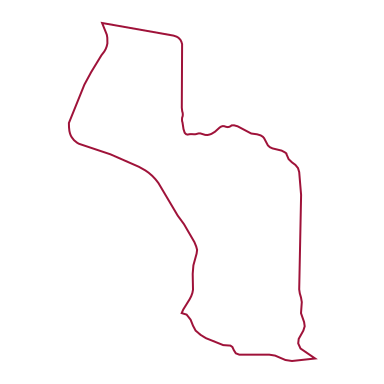 outline of Maryland
{"feature_id": "LBR-781", "entity_name": "Maryland", "entity_type": "County", "adm_level": 1, "iso_a3": "LBR", "parent_name": "Liberia", "parent_adm1": "", "projection": "mercator", "projection_center": [-7.792, 4.73], "detail": "fine", "context": "isolated", "style": "outline", "palette": "rose", "viewbox_px": 384, "rotation_deg": 0, "n_neighbors": 0, "source": "natural_earth", "source_scale": "10m", "svg_char_len": 1658}
<svg xmlns="http://www.w3.org/2000/svg" viewBox="0 0 384 384"><path d="M286.4,153.5L286.4,154.0L288.6,159.1L291.9,162.3L295.4,164.9L298.0,168.1L299.2,172.1L301.1,195.0L299.2,289.4L299.8,293.4L301.0,297.5L301.8,302.1L301.0,313.2L304.1,322.1L304.7,326.3L303.3,330.7L298.7,338.9L298.2,343.4L300.5,348.5L315.1,358.5L292.0,361.0L285.4,360.0L275.1,355.6L269.5,354.7L239.4,354.7L235.8,353.3L233.8,350.1L232.4,347.0L230.4,345.6L223.2,345.1L206.0,338.2L200.6,334.9L195.6,330.6L193.0,325.7L190.6,319.7L186.6,314.6L181.7,313.1L183.2,309.6L189.6,299.3L191.2,296.2L192.4,292.9L193.0,289.7L192.7,273.8L193.4,265.3L196.6,253.6L197.1,249.9L196.2,246.5L194.4,242.1L184.0,224.2L177.7,215.6L158.4,183.0L155.5,179.3L152.3,175.9L148.6,172.7L145.3,170.4L138.9,166.8L110.4,154.3L79.0,143.8L77.2,142.8L74.0,140.2L71.7,137.2L70.8,135.6L70.0,133.5L69.4,131.0L69.0,127.3L68.9,123.0L84.4,84.6L90.8,72.8L90.8,72.7L101.4,55.3L104.3,51.5L105.7,49.0L106.7,46.4L107.4,43.4L107.3,37.7L106.8,34.7L102.1,23.0L173.5,35.6L176.7,36.7L178.5,37.8L180.4,39.8L181.4,41.8L182.1,44.1L181.8,107.7L182.2,111.2L182.7,113.0L182.8,114.6L182.7,116.0L182.1,117.8L182.0,119.5L182.1,121.1L182.5,122.5L183.5,129.1L184.7,132.8L186.1,134.2L187.6,134.6L189.5,134.2L191.5,134.1L194.5,134.3L195.7,134.2L198.6,133.4L200.3,133.4L205.2,134.9L207.5,135.0L209.7,134.5L211.4,133.9L214.9,131.8L219.7,127.5L221.1,126.6L222.7,126.1L224.2,126.2L226.0,126.8L227.5,127.1L229.0,126.9L230.4,126.3L231.6,125.4L234.0,125.3L237.6,126.3L251.2,133.5L257.1,134.3L260.7,135.4L262.9,136.8L264.1,138.2L267.9,145.4L269.9,147.2L272.5,148.4L281.6,150.6L284.8,152.3L286.2,153.3L286.4,153.5Z" fill="none" stroke="#9f1239" stroke-width="2"/></svg>